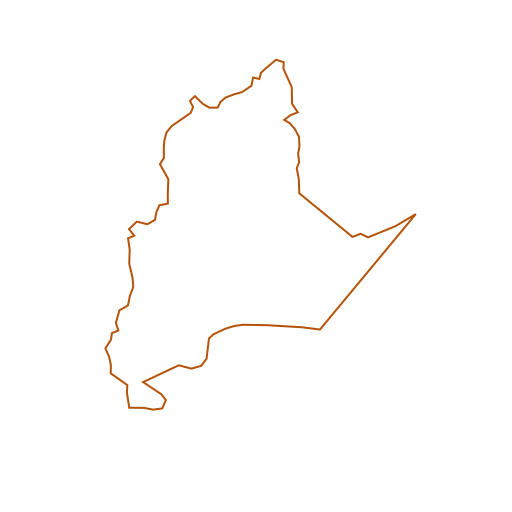 Almino Afonso, Rio Grande do Norte, Brazil, rotated 23°
{"feature_id": "56859067B53206467029095", "entity_name": "Almino Afonso", "entity_type": "district", "adm_level": 2, "iso_a3": "BRA", "parent_name": "Brazil", "parent_adm1": "Rio Grande do Norte", "projection": "mercator", "projection_center": [-37.775, -6.157], "detail": "fine", "context": "isolated", "style": "outline", "palette": "amber", "viewbox_px": 512, "rotation_deg": 23, "n_neighbors": 0, "source": "geoboundaries", "source_scale": "gbopen_adm2", "svg_char_len": 1261}
<svg xmlns="http://www.w3.org/2000/svg" viewBox="0 0 512 512"><g transform="rotate(23 256 256)"><path d="M386.7,155.0L372.7,174.1L351.9,195.0L343.6,194.7L337.3,200.7L271.4,181.4L265.4,168.6L259.2,159.3L259.1,152.8L254.8,145.4L253.2,138.1L248.9,129.4L242.2,124.0L235.2,120.5L228.8,119.7L232.9,112.7L238.3,107.4L229.7,101.8L223.0,86.7L208.1,72.9L205.8,66.8L197.8,67.5L192.0,78.8L189.0,85.4L189.9,91.8L183.6,92.8L185.3,101.1L179.0,110.7L172.6,115.8L166.1,122.0L163.1,128.0L162.7,134.4L155.2,137.7L147.5,136.7L137.3,132.7L134.6,139.0L139.9,143.5L140.0,149.7L127.6,169.4L125.3,177.3L126.7,186.3L129.0,192.8L132.9,201.7L131.7,209.0L145.3,219.6L150.8,234.0L154.4,242.2L147.2,247.0L147.2,254.7L148.9,262.2L143.6,269.2L132.9,270.9L128.6,280.9L136.0,284.9L131.3,289.6L137.3,299.6L142.3,312.6L150.6,323.9L155.1,332.3L155.5,341.9L157.5,351.6L151.5,359.3L153.1,372.3L158.4,378.3L153.5,383.3L155.2,389.6L153.5,399.8L160.5,406.6L165.1,413.2L168.1,420.8L188.0,425.1L190.6,432.3L198.6,445.2L212.4,439.5L221.4,437.6L229.3,432.9L229.3,423.8L222.7,420.2L201.3,416.2L227.6,386.8L240.6,384.9L248.5,378.5L250.6,369.8L244.9,350.2L247.5,344.6L256.5,334.6L263.7,328.7L271.1,324.3L292.6,315.6L326.3,303.6L343.6,298.7L386.7,155.0Z" fill="none" stroke="#b45309" stroke-width="2"/></g></svg>